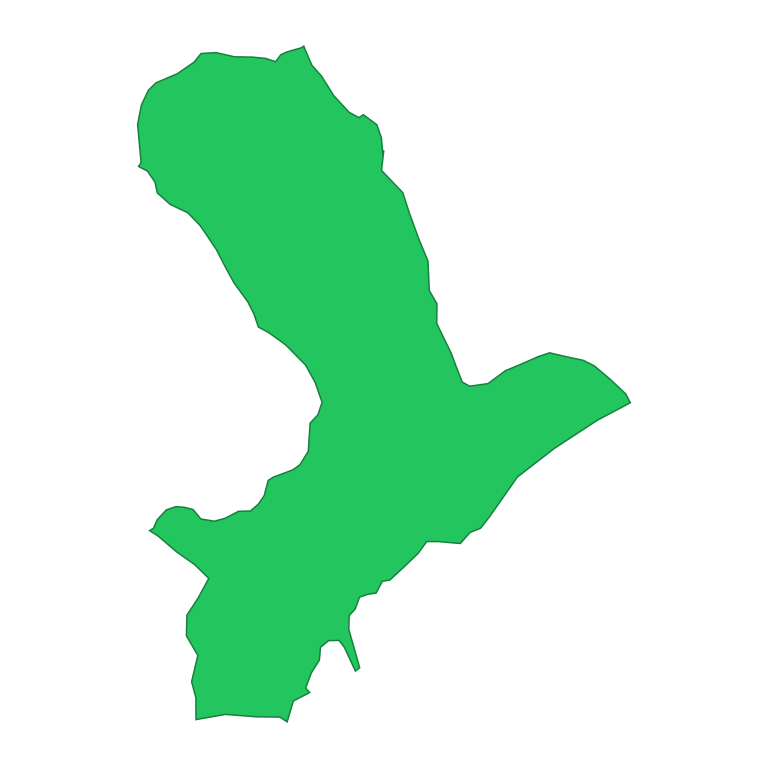 the district of Lemesos, Limassol, Cyprus
{"feature_id": "46923920B90408698000356", "entity_name": "Lemesos", "entity_type": "district", "adm_level": 2, "iso_a3": "CYP", "parent_name": "Cyprus", "parent_adm1": "Limassol", "projection": "albers", "projection_center": [33.018, 34.691], "detail": "fine", "context": "isolated", "style": "filled", "palette": "green", "viewbox_px": 768, "rotation_deg": 0, "n_neighbors": 0, "source": "geoboundaries", "source_scale": "gbopen_adm2", "svg_char_len": 1842}
<svg xmlns="http://www.w3.org/2000/svg" viewBox="0 0 768 768"><path d="M287.1,721.9L289.5,713.9L293.4,701.0L309.7,692.5L305.6,688.1L311.4,672.8L319.4,660.1L320.5,647.2L328.7,640.6L339.1,640.4L344.4,647.4L355.4,671.1L359.7,667.8L348.8,629.4L349.2,615.5L355.2,609.0L359.5,597.2L367.8,594.3L376.1,593.1L382.3,581.4L389.9,580.0L405.1,565.9L418.3,553.2L426.7,541.6L438.7,541.6L460.3,543.5L470.0,532.5L480.6,528.2L489.0,517.5L517.4,477.0L554.2,448.5L597.4,420.2L630.4,402.7L630.1,402.3L625.8,394.0L610.3,379.4L594.2,365.8L583.2,360.3L568.1,357.1L564.8,356.4L549.6,352.8L538.0,356.7L533.3,358.8L519.6,364.8L505.4,370.7L488.0,383.6L469.6,386.2L462.2,382.0L456.4,367.1L451.2,353.2L436.7,323.4L437.0,303.9L429.3,290.6L428.0,261.1L418.6,238.4L409.3,212.8L402.8,192.7L381.5,170.4L383.8,150.3L382.7,152.6L381.4,137.8L376.9,124.8L363.4,114.7L358.9,117.6L349.0,112.2L333.7,95.6L321.6,76.2L311.9,65.3L304.7,48.6L303.8,46.1L301.3,47.8L286.6,52.0L280.8,54.7L275.7,61.7L265.5,58.4L252.3,57.1L234.5,56.8L215.9,52.6L201.1,53.5L193.9,62.3L177.1,73.8L156.0,82.8L148.5,90.1L141.5,104.8L141.4,105.0L137.6,124.3L140.0,150.7L141.1,162.4L138.6,166.5L147.4,171.1L154.9,181.9L157.3,192.9L170.1,204.4L187.7,212.7L200.0,225.4L207.4,236.2L216.4,249.7L226.1,268.5L234.1,283.0L247.8,301.8L254.0,314.1L258.4,327.1L268.8,332.7L285.7,344.9L305.6,365.1L315.1,382.3L322.1,402.3L317.9,414.8L310.2,423.0L309.1,438.2L308.3,451.2L299.9,464.8L292.7,469.9L273.4,477.1L268.2,480.4L264.2,495.6L258.3,504.2L250.4,511.0L238.6,511.3L225.0,518.3L214.5,521.2L200.9,519.0L193.0,509.5L184.4,507.3L175.9,506.6L166.3,509.9L157.3,519.6L153.5,528.2L149.6,530.6L157.9,535.9L176.9,552.1L194.5,564.5L208.8,578.4L197.8,598.5L186.9,615.2L186.4,635.8L197.8,655.4L191.6,681.7L195.9,697.9L196.0,719.6L225.2,714.4L256.3,716.8L280.0,717.1L287.1,721.9Z" fill="#22c55e" stroke="#15803d" stroke-width="1.5"/></svg>